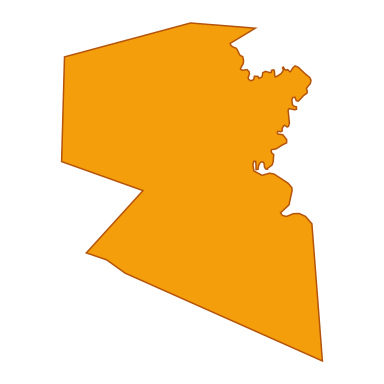 Franklin, Virginia, United States of America
{"feature_id": "52423323B87493021835120", "entity_name": "Franklin", "entity_type": "district", "adm_level": 2, "iso_a3": "USA", "parent_name": "United States of America", "parent_adm1": "Virginia", "projection": "mercator", "projection_center": [-76.922, 36.678], "detail": "fine", "context": "isolated", "style": "filled", "palette": "amber", "viewbox_px": 384, "rotation_deg": 0, "n_neighbors": 0, "source": "geoboundaries", "source_scale": "gbopen_adm2", "svg_char_len": 1615}
<svg xmlns="http://www.w3.org/2000/svg" viewBox="0 0 384 384"><path d="M255.3,28.2L190.5,23.0L64.5,56.9L61.6,161.6L143.0,190.6L86.3,252.9L106.7,259.9L125.2,273.2L322.4,361.0L311.9,223.8L305.5,216.4L299.1,213.5L293.4,213.7L286.3,216.5L282.4,215.4L280.5,212.8L289.0,204.9L292.1,190.5L291.9,187.8L288.2,183.3L274.2,174.1L269.6,173.2L262.0,175.3L253.8,170.9L252.9,164.5L253.7,161.4L255.6,161.3L256.0,164.7L256.0,169.6L258.0,169.4L258.7,165.3L260.1,162.8L261.3,161.9L263.5,162.2L264.0,163.3L264.6,167.4L265.9,169.1L267.5,169.2L267.5,168.4L272.0,165.1L273.2,161.8L273.7,154.6L271.8,153.0L271.1,151.1L271.7,149.6L276.1,148.9L282.2,145.0L286.6,142.9L286.7,139.7L282.8,134.7L278.0,134.1L277.2,132.5L278.0,131.2L280.7,131.8L282.2,131.0L282.2,128.4L283.5,126.0L284.6,125.3L287.2,127.0L288.5,126.3L289.4,123.0L288.1,110.2L289.2,108.6L294.7,109.8L296.6,109.2L296.4,106.8L294.0,106.3L292.4,104.6L291.8,99.7L292.7,97.6L294.9,97.2L296.3,100.7L298.2,101.2L300.7,98.8L303.5,95.6L307.0,93.1L307.3,91.7L306.4,88.3L310.3,83.5L311.0,80.3L309.9,77.7L305.0,73.6L298.2,67.2L295.0,65.9L292.7,68.1L291.0,70.9L289.9,71.8L287.6,69.6L286.2,70.2L284.9,69.5L283.2,67.1L282.5,67.8L283.4,70.2L281.2,73.6L275.9,76.9L274.9,76.7L274.3,70.4L273.4,69.8L271.5,70.4L271.4,72.1L270.4,72.7L265.4,71.4L262.8,72.7L262.1,76.8L259.0,78.4L257.9,76.4L254.4,76.2L253.9,78.9L252.7,80.2L250.6,80.7L248.6,79.3L248.1,77.7L249.5,73.6L249.0,71.6L247.0,69.6L242.9,70.3L240.8,69.5L240.4,68.6L243.2,63.7L243.6,60.7L242.7,56.6L240.4,55.6L239.4,54.3L237.4,50.0L236.3,48.3L233.2,47.1L231.0,45.6L230.1,43.4L255.3,28.2Z" fill="#f59e0b" stroke="#b45309" stroke-width="1.5"/></svg>